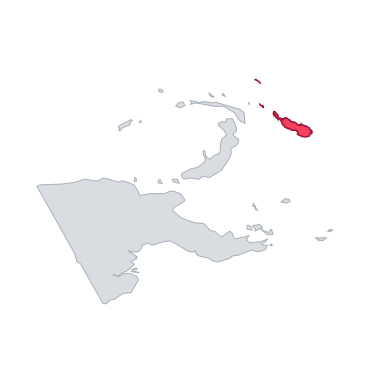 where North Solomons sits in Papua New Guinea, rotated 331°
{"feature_id": "PNG-1245", "entity_name": "North Solomons", "entity_type": "Province", "adm_level": 1, "iso_a3": "PNG", "parent_name": "Papua New Guinea", "parent_adm1": "", "projection": "natural_earth1", "projection_center": [155.03, -5.041], "detail": "fine", "context": "in_parent", "style": "filled", "palette": "rose", "viewbox_px": 384, "rotation_deg": 331, "n_neighbors": 0, "source": "natural_earth", "source_scale": "10m", "svg_char_len": 6923}
<svg xmlns="http://www.w3.org/2000/svg" viewBox="0 0 384 384"><g transform="rotate(331 192 192)"><path d="M60.1,246.2L59.6,200.5L57.6,197.1L59.6,188.9L59.1,111.9L62.9,112.2L81.2,121.6L93.6,126.5L104.4,128.8L114.3,136.5L121.7,136.9L132.6,147.7L137.0,148.5L144.7,157.5L145.2,164.8L144.4,169.5L156.1,173.9L167.4,180.1L173.5,180.8L176.9,183.0L181.1,188.3L181.9,195.5L179.4,196.7L168.9,196.7L166.0,199.0L170.3,210.2L179.8,220.5L187.0,225.2L189.2,234.5L192.8,237.4L195.2,244.8L198.9,245.6L206.1,244.4L207.3,247.5L206.2,252.1L207.3,254.0L220.6,257.9L216.2,260.4L218.2,264.6L226.9,268.3L232.3,269.7L235.5,269.3L231.8,271.4L228.4,270.7L227.7,271.4L229.1,273.2L232.0,275.1L229.0,277.5L226.2,277.9L220.8,276.3L216.1,271.7L201.6,269.7L196.6,267.6L192.6,268.3L180.8,265.8L177.0,262.6L174.4,257.7L167.4,251.7L165.8,248.8L166.4,245.0L164.5,245.5L160.5,242.7L149.8,224.7L144.3,222.1L130.9,219.0L128.9,215.5L122.6,214.2L121.2,216.5L116.1,218.1L111.8,216.3L107.4,211.9L112.6,221.9L110.8,221.9L111.6,223.4L110.7,223.7L105.0,223.1L106.8,227.2L97.6,229.5L90.7,228.7L87.4,229.7L86.1,229.6L84.3,226.5L81.8,227.1L83.9,227.2L86.6,230.7L92.3,230.2L97.9,232.9L102.7,238.8L102.5,242.9L89.8,250.5L82.4,247.2L71.6,248.1L67.7,246.8L62.9,248.3L60.1,246.2ZM252.5,145.0L255.1,147.1L257.8,144.9L263.0,147.6L262.0,157.5L260.3,160.2L256.0,161.2L255.5,162.7L258.3,168.5L257.1,170.6L253.4,172.8L247.1,172.6L245.5,176.6L242.0,180.1L228.6,187.2L214.0,187.8L209.2,183.4L204.1,184.2L197.4,179.1L191.7,177.0L190.5,175.0L190.7,172.4L192.2,170.9L202.3,171.2L208.7,173.2L217.1,172.0L219.5,170.4L220.3,164.0L221.7,161.4L223.2,162.6L221.4,167.6L223.4,172.0L229.4,170.7L233.2,171.7L236.2,170.4L240.4,163.5L243.7,160.3L249.9,158.8L249.8,153.7L247.6,146.7L248.5,144.7L252.5,145.0ZM326.2,196.0L325.5,198.2L325.0,197.5L322.0,199.6L318.4,198.9L315.3,196.7L312.9,192.7L312.8,188.1L309.4,186.1L304.9,180.4L304.0,176.6L304.4,170.3L310.8,174.0L317.5,184.8L323.8,189.7L326.2,196.0ZM275.9,147.8L271.6,157.7L268.9,153.7L267.9,150.8L267.6,143.3L260.7,131.9L253.6,128.2L239.1,116.4L233.3,114.5L234.8,114.0L234.8,111.1L241.9,117.2L246.3,118.7L252.3,123.5L256.3,125.1L273.8,142.7L275.9,147.8ZM160.4,98.7L174.1,99.2L174.4,100.5L172.6,100.6L170.2,103.0L162.1,102.3L158.5,103.6L158.2,101.9L159.5,101.4L159.3,99.6L160.4,98.7ZM229.8,250.9L232.3,252.6L234.4,252.4L236.0,254.3L236.3,257.5L235.4,258.2L234.8,257.3L228.1,256.6L229.4,254.8L228.1,251.2L229.8,250.9ZM227.8,112.9L223.0,112.9L219.4,109.0L224.1,107.2L227.7,109.0L227.8,112.9ZM239.6,264.8L242.7,262.8L243.4,263.5L242.3,268.4L237.5,266.3L234.2,258.4L239.6,264.8ZM265.0,243.9L270.3,243.1L272.8,245.2L273.6,246.0L273.1,248.0L268.7,247.2L265.0,243.9ZM277.3,291.7L287.2,297.2L283.5,298.1L280.4,296.6L280.1,295.3L278.8,295.7L279.4,294.8L277.3,291.7ZM185.0,178.2L180.6,174.1L180.9,171.3L185.5,173.8L185.0,178.2ZM226.5,253.9L225.2,254.1L222.3,251.2L224.1,248.0L226.1,249.2L226.5,253.9ZM302.9,170.1L301.0,163.5L302.6,161.5L304.3,165.7L302.9,170.1ZM169.9,170.1L166.8,167.5L169.0,165.1L170.4,166.4L169.9,170.1ZM215.8,90.1L214.2,90.5L211.9,88.4L212.6,85.9L215.1,87.5L215.8,90.1ZM149.8,153.7L148.0,156.1L146.8,154.3L148.8,151.7L149.8,153.7ZM240.2,231.7L240.3,239.7L238.9,238.1L239.6,234.8L238.2,233.9L240.2,231.7ZM103.8,233.8L106.8,237.1L99.6,231.8L103.8,233.8ZM106.3,233.0L102.4,231.7L101.6,230.7L106.2,231.2L106.3,233.0ZM296.4,292.5L296.2,293.6L293.6,293.8L291.9,292.2L293.5,292.6L293.3,291.5L296.4,292.5ZM267.1,120.8L267.2,124.5L265.4,121.9L267.1,120.8ZM257.5,118.8L256.7,119.8L254.9,117.2L255.2,116.7L257.5,118.8ZM236.4,276.1L236.2,277.7L234.4,276.8L234.7,275.8L236.4,276.1ZM255.9,116.0L254.5,116.4L254.7,113.9L255.9,116.0ZM181.5,104.4L181.6,106.2L179.7,105.8L181.5,104.4ZM285.3,141.4L285.1,143.1L284.1,142.5L285.3,141.4Z" fill="#d9dde1" stroke="#a8b0b8" stroke-width="1"/><path d="M325.8,195.0L325.9,195.5L326.3,196.3L326.4,196.8L326.3,197.3L326.0,197.8L325.7,198.2L325.4,198.5L325.6,197.6L325.6,197.0L325.5,196.8L325.3,197.0L324.8,198.3L324.4,197.8L323.7,197.9L323.0,198.5L322.6,198.9L322.2,199.6L321.9,199.8L321.6,199.9L321.4,199.9L321.0,199.7L320.8,199.6L320.0,199.6L319.3,199.4L318.5,199.1L317.1,198.3L316.4,197.6L316.2,197.5L315.9,197.4L315.6,197.2L315.0,196.7L314.9,196.4L314.7,196.0L312.5,193.2L312.3,192.7L312.6,192.7L312.9,192.8L313.2,192.1L313.4,191.2L313.4,190.2L313.3,189.3L313.0,188.3L312.4,187.8L310.6,187.2L310.0,186.8L309.6,186.4L309.2,186.2L308.8,185.9L308.7,185.3L308.5,184.5L308.1,184.1L308.0,183.8L307.1,183.4L306.6,182.7L306.2,182.3L305.9,182.1L305.7,181.8L305.6,181.6L305.5,181.3L304.8,180.7L304.7,180.3L304.7,180.1L304.6,179.7L304.7,179.3L304.7,179.1L304.8,178.8L304.7,178.4L304.5,178.0L304.1,177.6L303.9,177.3L303.9,177.1L303.9,176.8L304.2,175.9L304.4,174.2L304.5,173.8L304.6,173.4L304.3,173.0L304.3,172.9L304.8,173.1L305.0,173.0L305.1,172.7L305.0,172.4L304.8,172.1L304.8,171.8L304.6,171.4L303.8,170.5L303.8,170.1L304.4,170.0L305.2,170.4L305.8,171.1L306.1,171.8L306.4,171.7L306.8,171.9L307.1,172.2L307.2,172.6L307.3,172.4L307.5,172.3L307.8,172.2L308.0,172.3L308.3,172.3L309.5,172.3L309.6,172.6L309.6,172.8L309.8,172.8L309.9,172.6L310.1,172.5L310.3,172.5L310.4,172.9L310.3,173.1L310.3,173.3L310.7,173.4L310.8,173.5L311.0,174.2L311.4,174.8L311.8,175.8L312.1,176.2L312.2,176.3L312.3,176.3L312.5,176.7L312.6,176.8L312.6,177.0L312.5,177.7L312.6,178.0L312.8,178.8L313.0,179.1L313.5,179.1L313.8,179.3L314.1,179.4L315.0,180.5L315.3,180.8L315.6,180.8L315.8,180.9L316.0,181.3L316.2,181.6L316.4,181.9L316.5,183.0L317.2,184.6L318.1,185.7L318.2,185.8L318.4,185.7L318.6,185.6L318.8,185.3L319.0,185.5L319.1,185.8L319.3,186.2L319.7,186.3L320.1,186.3L320.2,186.0L320.3,185.7L320.5,185.5L320.5,185.8L320.7,186.0L320.6,186.3L321.0,186.8L321.2,187.2L321.3,187.4L321.5,187.4L321.7,187.5L321.9,187.6L322.0,187.8L322.3,188.3L322.4,188.6L322.7,188.9L322.9,189.1L323.3,189.1L323.6,189.3L323.9,189.8L324.3,190.7L324.7,191.3L325.1,191.9L325.5,192.5L325.7,193.3L325.6,193.5L325.5,193.9L325.5,194.1L325.6,194.4L325.7,194.8L325.8,195.0ZM304.3,165.5L304.3,166.2L303.8,168.1L303.8,169.4L303.6,170.0L303.2,170.2L303.3,169.8L303.1,169.9L302.9,170.1L302.8,170.4L302.6,170.6L302.3,169.2L301.6,167.2L301.5,166.6L301.4,166.1L301.4,165.8L301.6,165.7L301.7,165.2L301.7,164.1L301.6,163.6L301.4,163.5L300.9,164.0L301.0,163.3L301.4,162.5L302.0,161.9L302.5,161.4L303.1,161.6L303.5,162.1L303.7,162.8L303.7,163.4L303.6,164.0L303.6,164.4L303.7,164.7L303.9,164.9L304.1,165.0L304.3,165.5ZM302.8,125.3L303.2,126.3L304.1,128.0L304.5,129.0L304.4,129.4L303.9,128.2L303.5,127.1L302.9,126.0L302.3,124.9L301.2,124.2L302.0,124.3L302.5,124.6L302.8,125.3ZM294.8,150.1L295.3,150.4L295.7,150.8L295.9,151.4L295.9,152.0L295.5,152.5L295.0,152.3L294.7,151.8L294.7,151.3L294.8,151.5L294.9,151.9L295.0,152.1L295.2,152.3L295.3,152.2L295.6,151.9L295.7,151.4L295.4,150.9L295.0,150.5L294.7,150.3L294.6,150.2L294.8,150.1ZM294.1,149.6L294.0,149.1L293.8,148.7L293.8,148.3L293.9,148.1L294.0,148.3L294.1,148.7L294.2,149.6L294.1,149.6Z" fill="#f43f5e" stroke="#9f1239" stroke-width="1.5"/></g></svg>